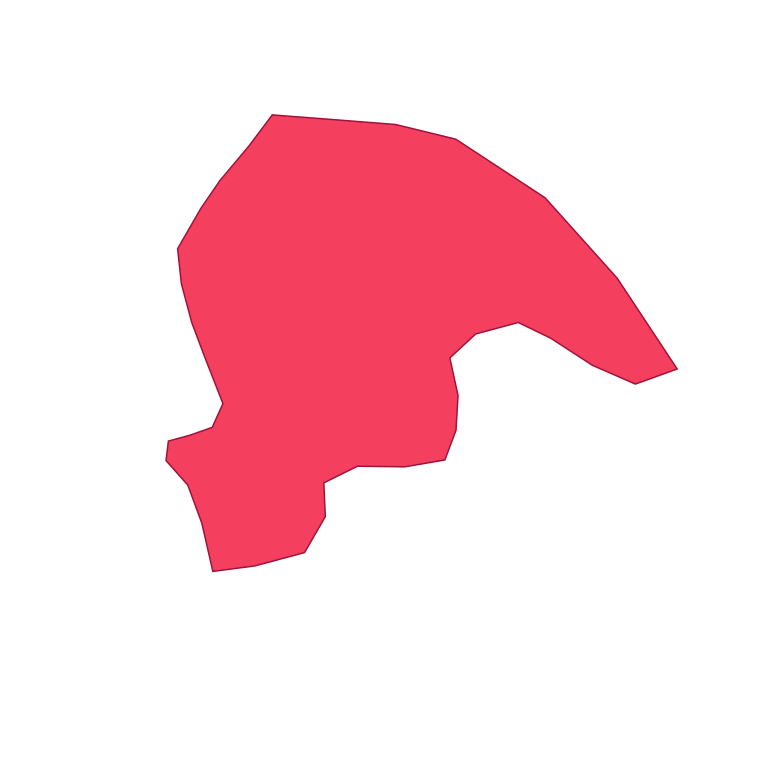 map outline of North West (Albers equal-area conic projection), rotated 30°
{"feature_id": "SGP-4873", "entity_name": "North West", "entity_type": "state/province", "adm_level": 1, "iso_a3": "SGP", "parent_name": "Singapore", "parent_adm1": "", "projection": "albers", "projection_center": [103.808, 1.387], "detail": "fine", "context": "isolated", "style": "filled", "palette": "rose", "viewbox_px": 768, "rotation_deg": 30, "n_neighbors": 0, "source": "natural_earth", "source_scale": "10m", "svg_char_len": 614}
<svg xmlns="http://www.w3.org/2000/svg" viewBox="0 0 768 768"><g transform="rotate(30 384 384)"><path d="M152.7,206.8L264.2,153.5L323.8,136.1L430.4,142.2L533.1,175.8L630.4,224.4L601.7,258.4L555.1,263.6L505.8,261.0L469.5,263.6L438.4,294.8L428.0,328.5L453.9,357.0L469.5,388.1L474.7,419.3L443.6,445.2L402.1,468.5L381.3,499.7L399.5,528.2L399.5,569.7L363.2,606.0L329.5,631.9L295.8,595.6L264.7,569.7L233.5,559.3L225.8,541.2L241.3,525.6L256.9,507.4L254.3,481.5L215.4,450.4L186.9,427.0L158.4,398.5L137.6,370.0L137.6,323.3L140.2,289.6L148.0,245.5L152.7,206.8Z" fill="#f43f5e" stroke="#9f1239" stroke-width="1.5"/></g></svg>